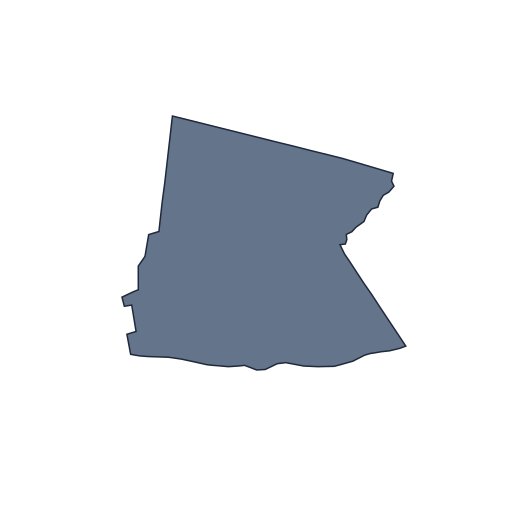 Chuí, Rio Grande do Sul, Brazil, rotated 233°
{"feature_id": "56859067B65992247810501", "entity_name": "Chuí", "entity_type": "district", "adm_level": 2, "iso_a3": "BRA", "parent_name": "Brazil", "parent_adm1": "Rio Grande do Sul", "projection": "orthographic", "projection_center": [-53.439, -33.652], "detail": "fine", "context": "isolated", "style": "filled", "palette": "slate", "viewbox_px": 512, "rotation_deg": 233, "n_neighbors": 0, "source": "geoboundaries", "source_scale": "gbopen_adm2", "svg_char_len": 1115}
<svg xmlns="http://www.w3.org/2000/svg" viewBox="0 0 512 512"><g transform="rotate(233 256 256)"><path d="M239.4,415.3L281.9,383.8L290.8,376.6L303.7,366.1L307.5,363.0L316.4,355.9L336.9,339.2L418.1,273.5L369.9,227.7L355.5,213.5L334.0,193.2L337.7,183.2L322.5,167.1L318.8,155.9L299.9,141.7L301.4,135.9L303.8,124.2L295.1,120.6L291.6,127.2L267.9,114.8L271.2,105.8L252.9,96.7L246.2,103.0L240.9,109.0L233.7,117.9L227.8,125.2L223.9,129.1L218.4,134.5L208.0,143.5L198.8,151.3L195.3,155.0L191.4,159.4L184.2,167.4L178.3,176.4L175.5,181.1L168.7,185.4L164.6,187.9L159.8,195.1L157.2,208.2L152.9,215.6L139.4,227.9L130.4,238.8L120.8,252.1L118.9,256.7L113.7,270.1L111.5,282.8L109.4,288.5L107.0,292.9L104.2,298.4L99.9,305.6L95.8,315.1L93.9,321.4L110.4,322.4L138.9,324.1L150.9,324.9L155.2,325.2L162.8,325.5L168.5,325.7L173.2,326.0L182.6,326.6L192.6,327.3L197.2,327.6L204.3,327.9L214.5,329.9L211.8,334.6L214.4,338.4L218.9,341.1L217.7,347.2L218.8,353.1L218.6,363.0L222.1,369.0L224.0,376.6L221.6,382.7L225.5,388.1L227.9,394.2L227.1,400.5L228.7,408.2L234.2,409.3L239.4,415.3Z" fill="#64748b" stroke="#1e293b" stroke-width="1.5"/></g></svg>